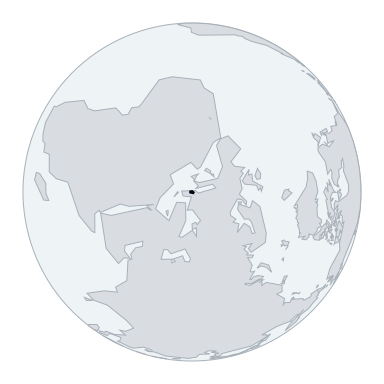 Ipeiros highlighted on a globe, orthographic projection, rotated 120°
{"feature_id": "GRC-2949", "entity_name": "Ipeiros", "entity_type": "Region", "adm_level": 1, "iso_a3": "GRC", "parent_name": "Greece", "parent_adm1": "", "projection": "orthographic", "projection_center": [20.643, 39.638], "detail": "fine", "context": "on_globe", "style": "filled", "palette": "ink", "viewbox_px": 384, "rotation_deg": 120, "n_neighbors": 0, "source": "natural_earth", "source_scale": "10m", "svg_char_len": 11150}
<svg xmlns="http://www.w3.org/2000/svg" viewBox="0 0 384 384"><g transform="rotate(120 192 192)"><circle cx="192" cy="192" r="169" fill="#eef3f6" stroke="#a8b0b8"/><path d="M123.5,37.5L127.9,35.9L123.1,37.9L126.0,37.0L132.2,34.6L135.6,33.3L153.9,30.0L174.6,27.1L180.5,25.5L179.7,26.7L190.5,23.9L201.3,23.7L189.4,24.4L188.5,25.0L196.0,24.9L196.7,25.5L200.7,26.0L200.8,26.9L193.8,27.7L193.8,28.4L199.1,28.3L202.6,29.6L194.8,29.4L200.0,31.6L189.4,34.3L168.4,34.9L162.7,38.6L141.9,45.5L144.1,46.2L137.6,49.9L137.7,52.2L133.8,53.2L137.2,54.3L140.8,52.9L143.5,53.0L143.9,54.4L139.0,55.8L138.1,55.3L136.8,56.5L134.2,56.7L135.7,57.4L129.7,59.2L136.2,59.5L131.8,62.7L127.7,63.4L127.5,60.5L117.5,56.3L113.2,56.7L107.5,59.9L97.9,71.5L93.5,73.5L87.9,78.2L90.6,78.2L95.9,74.5L99.6,76.0L105.6,71.8L108.0,72.0L114.4,69.2L114.1,72.7L110.2,77.9L104.9,80.6L103.0,83.1L108.7,83.4L99.2,91.6L93.8,102.9L91.3,104.9L85.4,103.1L84.1,95.6L76.4,94.9L82.0,98.7L75.6,104.4L74.8,106.9L75.5,108.8L78.2,108.1L76.1,111.0L69.8,107.8L71.6,105.1L73.6,106.0L72.9,102.7L68.6,101.3L65.7,104.7L62.4,100.3L60.2,102.8L58.3,103.5L61.9,99.7L55.4,106.6L51.0,105.0L41.9,117.9L50.2,103.9L52.7,98.9L54.9,94.4L53.4,96.3L58.5,88.7L59.0,87.8L67.9,77.3L77.7,67.6L88.2,58.7L99.4,50.7L111.2,43.6L123.5,37.5ZM43.1,112.1L42.3,113.7L41.5,115.1L43.1,112.1ZM26.4,158.5L27.0,156.8L27.1,159.6L25.3,167.1L26.8,163.5L25.9,170.3L27.4,181.6L26.8,182.4L27.8,201.1L31.8,215.8L32.7,223.8L31.9,226.0L34.0,230.7L34.1,233.0L45.0,251.3L52.8,264.6L54.0,272.2L50.5,275.0L54.2,288.2L49.9,283.4L43.9,273.3L38.5,262.7L34.0,251.7L30.2,240.5L27.2,229.1L25.0,217.4L23.6,205.6L23.0,193.8L23.3,182.0L24.5,170.2L26.4,158.5ZM39.6,121.6L34.1,138.4L34.8,133.0L35.1,133.0L37.0,127.8L39.7,120.5L41.0,116.6L39.6,121.6ZM42.5,119.6L43.3,117.3L42.9,119.1L42.5,119.6ZM137.0,32.8L132.3,34.5L126.4,36.7L130.3,35.0L137.0,32.8ZM148.1,29.8L146.1,30.6L143.1,31.0L145.2,30.4L148.1,29.8ZM184.6,24.5L180.6,24.8L184.2,24.4L184.6,24.5ZM201.2,25.9L202.1,25.7L203.8,26.1L201.2,25.9ZM114.2,67.4L114.3,68.3L113.0,68.4L114.2,67.4ZM116.9,65.5L115.3,65.0L116.4,64.0L117.3,64.4L116.9,65.5ZM205.6,27.9L208.0,28.8L204.3,28.0L205.6,27.9ZM118.5,66.4L118.5,62.4L120.3,60.8L125.4,60.8L118.5,66.4ZM208.6,29.4L214.6,31.8L217.2,31.4L213.4,34.4L209.5,31.0L204.6,30.0L208.0,30.0L208.6,29.4ZM141.7,52.0L138.0,53.4L140.7,51.0L141.7,52.0ZM142.9,50.4L147.5,43.5L153.2,42.3L150.5,44.7L157.7,42.4L158.2,45.2L154.4,47.1L150.6,47.2L153.7,48.2L142.9,50.4ZM210.3,35.8L210.7,36.6L209.0,35.9L210.3,35.8ZM144.8,52.9L145.2,51.5L150.2,50.3L150.3,52.9L148.6,52.4L144.8,52.9ZM159.3,40.6L163.0,40.4L164.5,42.4L166.1,42.7L158.7,45.2L159.3,40.6ZM147.7,53.4L150.2,54.3L148.2,56.2L144.7,54.2L147.7,53.4ZM151.5,48.9L153.9,48.6L152.6,49.6L151.5,48.9ZM142.5,63.9L142.9,61.9L145.5,61.1L142.5,63.9ZM151.2,54.6L151.9,53.9L153.0,53.4L154.2,54.4L151.2,54.6ZM160.2,46.6L160.1,47.6L163.4,45.6L164.6,47.3L159.4,48.8L162.1,48.9L162.5,49.4L157.9,50.0L160.2,46.6ZM158.7,54.1L152.5,56.9L151.2,60.5L148.8,61.3L151.3,55.4L158.7,54.1ZM158.6,51.6L158.1,53.3L155.4,53.3L154.1,52.1L158.6,51.6ZM167.3,48.1L166.7,45.1L167.9,44.9L167.3,48.1ZM158.8,55.1L160.3,54.5L159.0,55.4L158.8,55.1ZM165.3,50.2L164.9,49.1L166.3,48.9L165.3,50.2ZM163.6,54.2L161.6,55.0L160.6,54.2L163.6,54.2ZM164.8,52.3L166.7,52.3L161.4,53.4L164.4,51.8L164.8,52.3ZM166.6,50.2L167.2,49.7L166.5,50.7L166.6,50.2ZM168.4,57.0L162.0,58.5L159.9,56.6L166.3,55.3L168.4,57.0ZM102.2,266.9L90.8,240.8L95.8,233.6L96.3,222.7L130.7,194.2L138.4,198.3L166.1,197.1L169.6,198.9L166.9,207.8L188.0,219.5L194.2,212.0L212.9,216.8L224.9,215.1L228.3,197.7L208.5,200.1L204.6,192.1L220.0,183.0L237.1,181.1L236.2,178.0L224.9,172.5L228.3,165.8L220.9,170.2L224.2,173.0L219.7,176.0L216.3,173.6L217.7,171.2L212.4,170.4L207.2,182.7L210.1,187.0L196.5,190.1L199.9,197.7L196.4,201.5L189.2,190.2L189.6,185.8L176.6,173.4L175.0,178.1L187.1,190.4L183.5,189.5L181.5,196.6L180.2,190.4L167.4,176.5L154.8,178.2L139.5,194.0L132.0,194.0L125.4,189.0L130.2,171.4L146.4,173.4L148.4,167.9L144.4,158.6L149.7,160.2L150.1,156.9L156.2,157.4L164.1,150.2L170.2,149.9L172.8,140.0L176.2,138.6L173.7,144.8L175.3,149.2L190.3,148.9L193.1,146.7L193.5,140.4L197.6,141.4L196.1,135.4L204.4,132.5L193.0,131.2L193.2,124.5L197.9,119.2L195.9,116.9L188.2,125.6L187.0,129.4L189.3,133.0L184.2,143.9L179.1,145.7L176.7,133.8L169.2,135.2L170.6,125.9L190.5,107.1L199.1,103.3L214.6,110.6L212.9,114.9L206.6,114.3L213.0,120.8L212.2,117.4L215.6,118.4L216.7,112.7L219.1,113.2L215.9,107.2L219.1,107.2L221.0,111.0L225.3,103.2L231.6,102.0L231.4,100.1L229.3,98.3L238.8,98.3L238.2,96.9L234.9,96.3L231.5,93.3L229.4,88.0L232.7,88.3L234.0,90.2L241.7,94.9L244.5,100.3L245.6,99.9L244.0,95.3L234.6,89.5L232.4,86.4L237.1,88.5L235.2,87.5L235.1,86.0L238.2,84.9L233.1,82.4L227.8,67.4L233.2,64.2L238.1,67.5L237.9,58.6L244.0,56.6L241.0,56.0L238.8,51.9L236.9,52.4L235.2,51.9L228.8,42.7L229.9,41.0L223.7,37.2L222.1,37.0L220.9,37.9L213.4,34.4L217.2,31.4L220.6,32.0L220.7,30.2L228.4,31.9L234.8,32.8L243.2,36.3L247.5,37.0L247.0,36.3L252.6,37.1L265.6,42.0L257.2,41.2L238.0,36.4L246.0,38.4L244.8,39.1L248.0,40.6L253.6,42.2L253.9,41.6L266.1,51.4L280.8,60.0L278.2,55.7L280.9,55.4L295.5,63.5L316.3,84.7L320.1,86.2L323.2,89.3L326.1,94.2L321.7,89.8L321.0,91.1L318.0,88.1L321.3,95.1L317.3,91.2L321.8,99.0L324.7,100.6L323.3,95.5L329.0,104.5L333.0,105.7L338.1,112.3L347.1,132.5L349.3,144.3L350.4,147.1L348.9,147.6L350.5,156.4L356.3,164.2L357.4,168.3L358.3,182.7L357.6,179.9L353.6,181.0L355.5,192.2L358.7,193.8L359.9,201.1L358.6,203.0L357.0,197.0L355.6,197.1L354.1,187.9L349.2,178.1L347.7,185.4L346.0,180.1L339.1,174.4L336.0,184.6L332.3,208.7L334.8,222.9L332.2,232.3L321.5,218.7L316.0,206.4L312.6,210.6L301.3,204.1L283.1,213.3L280.1,210.4L276.7,213.9L268.7,213.0L263.9,207.8L259.2,209.9L271.8,223.3L276.8,221.0L280.4,212.5L283.0,217.9L290.7,219.9L283.7,238.2L256.0,260.5L252.6,250.1L228.0,223.1L228.4,219.2L228.3,218.8L227.9,218.1L226.4,224.5L221.9,218.8L235.8,239.2L238.4,248.2L255.6,261.2L254.2,263.3L259.5,265.3L275.8,255.8L276.0,259.3L268.8,278.1L245.6,304.4L248.3,315.9L246.0,325.7L230.8,334.4L231.4,340.3L223.5,343.5L222.5,346.6L215.7,350.3L204.6,353.7L186.5,354.2L185.9,352.0L177.8,346.8L166.7,331.3L171.8,323.8L170.5,317.1L157.3,300.0L160.2,290.7L156.6,286.2L149.1,286.3L144.8,280.6L140.2,279.7L111.3,276.5L102.2,266.9ZM119.5,211.6L118.7,214.8L119.5,211.6ZM256.0,187.7L265.8,185.1L260.2,175.8L263.5,174.1L260.4,171.7L259.8,175.1L251.9,168.2L255.7,163.6L253.9,159.3L250.5,160.0L244.8,169.6L256.0,179.3L254.2,184.4L256.0,187.7ZM27.5,181.9L27.5,184.7L27.0,182.9L27.5,181.9ZM33.6,135.1L33.1,137.5L32.4,139.8L32.5,138.4L33.6,135.1ZM31.9,154.7L31.9,158.0L31.4,155.8L31.9,154.7ZM33.5,140.9L31.9,152.3L31.0,149.0L32.3,142.0L32.1,145.0L33.5,140.9ZM40.3,122.5L39.6,124.4L39.0,125.2L40.3,122.5ZM42.3,120.9L42.3,120.5L43.1,118.8L42.3,120.9ZM75.9,104.5L76.4,104.9L76.5,107.2L75.3,106.9L75.9,104.5ZM84.2,113.7L80.7,118.1L82.3,114.6L79.9,114.8L80.4,107.9L90.0,105.6L85.6,107.7L84.2,113.7ZM83.7,98.7L82.3,102.9L83.5,98.4L83.7,98.7ZM146.3,139.5L148.6,142.0L146.5,145.6L138.8,147.1L141.7,141.7L146.3,139.5ZM152.2,144.8L151.9,133.3L156.7,132.3L154.1,134.7L157.3,135.2L153.9,139.4L158.8,150.2L157.3,154.1L143.8,153.9L149.1,151.6L146.5,149.2L152.2,144.8ZM142.8,109.0L142.7,105.0L153.1,107.9L152.0,111.4L144.2,112.8L141.0,109.5L142.8,109.0ZM127.5,67.6L126.8,66.6L128.2,66.1L129.9,66.6L127.5,67.6ZM142.4,63.0L132.0,72.0L130.7,71.1L126.2,77.9L120.9,78.4L124.0,73.9L116.6,79.6L117.3,75.8L112.6,80.0L120.1,70.0L120.4,67.1L122.0,70.1L126.9,69.6L129.0,68.5L135.5,63.5L138.5,57.5L143.8,56.4L146.7,57.2L146.8,58.5L143.4,58.7L145.9,60.3L141.0,61.7L142.4,63.0ZM177.8,73.2L173.8,72.0L178.1,77.1L173.2,77.7L174.0,78.3L170.7,80.4L168.0,84.1L165.7,83.8L165.6,85.4L163.4,87.0L162.6,89.1L158.2,89.6L156.8,92.3L155.5,91.0L154.3,95.6L153.2,92.4L150.2,94.4L152.8,96.4L130.9,95.7L122.6,98.5L116.3,102.7L115.2,97.2L120.5,90.0L128.8,83.2L137.0,81.5L135.1,79.6L138.4,78.3L138.5,80.4L140.3,76.4L143.1,76.0L150.5,71.1L151.3,66.1L154.0,64.4L155.1,66.1L157.1,63.2L161.0,65.4L163.0,64.2L168.9,65.5L169.8,69.8L172.0,68.3L176.5,69.4L177.8,73.2ZM169.9,57.4L172.1,62.0L170.5,64.8L161.0,61.5L158.6,62.2L152.4,60.7L154.9,56.8L156.4,57.6L158.5,57.5L156.9,58.7L159.7,57.6L161.9,58.7L164.7,58.3L164.7,59.8L169.9,57.4ZM173.3,195.6L176.0,196.1L180.2,195.8L178.9,200.5L173.3,195.6ZM164.4,186.2L166.8,185.8L167.1,191.8L164.3,191.5L164.4,186.2ZM167.9,180.5L166.9,185.3L165.8,182.5L167.9,180.5ZM175.9,144.2L178.4,143.5L178.8,144.9L177.5,147.1L175.9,144.2ZM189.6,89.9L187.6,88.4L188.3,87.6L186.6,83.1L190.1,82.4L192.5,84.9L189.6,89.9ZM225.1,201.1L221.7,204.9L219.8,203.6L221.4,202.5L225.1,201.1ZM199.3,203.5L205.3,205.2L198.9,204.7L199.3,203.5ZM193.2,88.4L192.1,86.6L194.5,87.4L193.2,88.4ZM192.6,81.8L195.4,82.3L190.4,81.8L192.6,81.8ZM273.1,316.4L260.2,334.4L252.8,336.6L252.2,333.1L257.5,323.0L266.4,317.7L271.0,311.7L273.1,316.4ZM359.5,214.3L358.6,215.6L354.2,208.0L355.8,204.5L359.8,204.5L359.6,207.1L360.2,207.5L359.5,214.1L359.5,214.3ZM360.9,196.9L360.9,194.2L360.8,189.3L360.9,186.8L359.9,173.4L360.9,196.9ZM335.5,223.7L338.8,229.2L337.1,232.5L335.5,223.7ZM356.6,154.0L358.1,160.9L355.7,150.1L356.0,151.2L356.6,154.0ZM354.3,144.9L354.0,144.1L353.6,142.6L354.1,144.4L354.3,144.9ZM352.1,150.9L352.1,154.2L351.3,152.4L350.7,147.1L352.1,150.9ZM342.0,118.1L345.1,123.4L346.3,125.8L344.8,123.8L342.0,118.1ZM221.7,82.9L220.0,89.8L221.2,94.8L225.5,97.6L218.7,96.8L216.9,89.0L221.7,82.9ZM226.7,69.1L222.9,67.1L224.9,66.3L226.1,66.7L226.7,69.1ZM224.1,69.1L218.7,69.8L216.9,67.6L221.5,67.4L224.1,69.1ZM206.0,78.5L205.3,80.5L203.3,79.7L206.0,78.5ZM353.2,141.3L353.6,142.7L349.8,132.8L349.0,130.2L352.2,138.4L352.4,138.8L353.2,141.3ZM323.5,87.2L321.5,85.3L319.7,82.7L321.6,84.7L323.5,87.2ZM312.1,73.6L318.6,81.4L323.5,88.3L323.7,88.0L328.0,93.3L325.7,91.6L319.7,83.7L316.6,79.3L312.7,75.5L308.3,70.7L304.0,67.4L301.0,64.7L304.0,66.5L312.1,73.6ZM302.2,66.2L293.1,59.9L291.3,57.2L292.9,57.9L297.9,61.9L298.5,63.0L302.2,66.2ZM290.3,57.7L290.9,58.9L278.5,54.5L275.5,53.0L283.9,54.3L284.9,55.6L288.2,57.3L290.3,57.7ZM212.4,36.5L210.9,36.6L211.6,36.0L212.4,36.5ZM234.2,52.3L232.1,51.4L232.9,50.5L234.2,52.3ZM226.7,48.6L227.2,50.2L225.3,48.4L226.7,48.6ZM228.6,54.0L226.7,50.8L230.5,54.0L228.6,54.0Z" fill="#d9dde1" stroke="#a8b0b8" stroke-width="1"/><path d="M191.8,190.7L192.0,190.7L192.0,190.4L192.1,190.2L192.3,190.1L192.5,190.0L192.6,190.3L192.7,190.5L192.7,190.8L192.8,190.9L192.9,191.0L192.9,191.3L193.0,191.4L193.3,191.4L193.5,191.5L193.4,191.5L193.3,191.8L193.2,191.9L193.1,192.0L193.2,192.3L193.2,192.5L193.3,192.7L193.4,192.8L193.6,192.9L193.7,193.0L193.6,193.3L193.5,193.5L193.4,193.6L193.1,193.6L193.0,193.8L192.9,193.8L193.0,193.9L192.8,193.8L192.7,193.8L192.7,193.7L192.5,193.8L192.5,193.7L192.4,193.7L192.3,193.8L192.2,193.8L192.3,193.8L192.4,194.0L192.3,193.9L192.3,194.0L192.2,194.0L192.2,193.9L192.1,193.7L191.9,193.5L191.7,193.3L191.6,193.2L191.4,193.0L191.2,192.9L191.1,192.7L191.0,192.4L190.9,192.3L190.9,192.2L191.0,192.1L190.9,192.0L190.8,191.9L190.7,191.9L190.8,191.9L190.9,192.0L191.0,192.0L191.0,191.9L191.2,191.7L191.3,191.5L191.4,191.4L191.3,191.2L191.2,191.0L191.4,191.0L191.4,190.9L191.5,190.8L191.5,190.7L191.6,190.8L191.6,190.7L191.8,190.7Z" fill="#0f172a" stroke="#020617" stroke-width="1.5"/></g></svg>